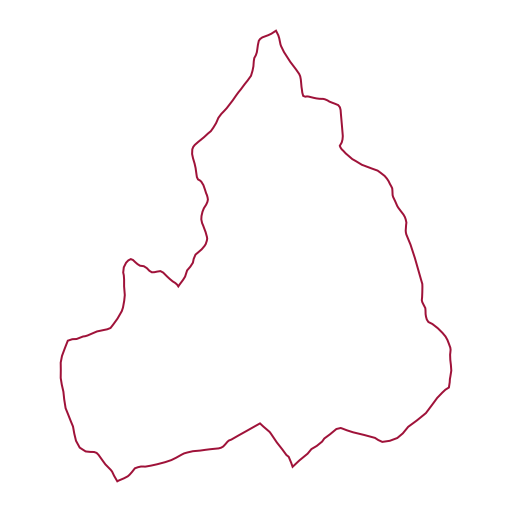 Katsho, Ha, Bhutan
{"feature_id": "84629894B80124152926189", "entity_name": "Katsho", "entity_type": "district", "adm_level": 2, "iso_a3": "BTN", "parent_name": "Bhutan", "parent_adm1": "Ha", "projection": "equal_earth", "projection_center": [89.286, 27.406], "detail": "fine", "context": "isolated", "style": "outline", "palette": "rose", "viewbox_px": 512, "rotation_deg": 0, "n_neighbors": 0, "source": "geoboundaries", "source_scale": "gbopen_adm2", "svg_char_len": 3937}
<svg xmlns="http://www.w3.org/2000/svg" viewBox="0 0 512 512"><path d="M79.7,447.6L82.3,449.3L85.6,451.4L87.1,451.6L90.3,451.9L94.1,452.0L96.6,452.9L98.5,454.8L102.7,460.7L105.4,464.4L110.7,469.8L112.1,471.6L114.1,475.8L117.3,481.3L119.0,480.4L120.7,479.7L124.0,478.3L127.8,476.3L129.6,474.7L131.9,472.1L134.9,468.3L138.0,467.2L141.1,466.5L145.5,466.6L151.1,465.6L157.0,464.3L165.0,462.2L171.3,460.1L176.0,457.8L181.7,454.6L184.1,453.4L187.3,452.5L192.9,451.2L200.0,450.6L205.6,449.8L209.6,449.3L213.4,448.9L218.6,448.4L221.1,447.7L223.2,446.5L225.2,444.4L227.5,441.7L228.9,440.5L231.3,439.6L238.6,435.4L246.5,431.0L255.0,426.2L260.0,423.4L263.3,426.5L269.6,431.9L270.8,433.5L276.8,442.4L282.3,449.4L286.4,455.0L288.7,456.8L291.2,462.8L292.6,466.8L299.4,460.4L307.6,453.7L311.4,449.1L316.8,445.9L322.1,441.6L324.3,438.5L330.0,434.3L336.4,429.0L340.7,428.0L342.2,428.5L346.9,430.3L353.1,432.3L364.3,435.0L375.0,437.9L378.2,440.0L382.3,441.9L389.8,440.8L397.3,438.0L402.8,433.4L408.2,426.8L416.8,420.5L425.9,413.1L432.2,404.7L437.2,397.9L442.2,392.7L445.4,389.7L448.9,387.5L449.7,382.3L449.9,379.1L450.4,376.3L451.3,370.6L450.9,365.0L450.3,359.9L450.1,354.7L450.3,352.9L450.6,349.8L450.3,347.6L448.8,343.5L447.4,339.9L445.5,336.5L442.5,332.9L437.9,328.3L432.4,324.0L428.4,322.0L426.8,319.5L426.0,316.7L425.6,314.1L425.5,310.4L425.3,308.1L423.4,304.4L422.3,302.2L421.8,300.2L422.1,297.2L422.3,292.2L422.4,286.9L422.3,283.9L421.0,279.5L414.9,258.1L410.5,244.6L408.8,240.5L406.3,234.4L405.9,232.6L405.7,230.7L405.9,227.9L406.1,225.0L406.4,222.6L405.7,219.4L404.9,217.1L403.5,214.6L400.5,210.7L398.2,207.6L397.2,205.9L395.2,201.3L393.1,196.9L392.6,195.1L392.4,190.3L392.2,188.3L391.3,186.4L389.9,183.9L388.6,181.2L386.9,178.6L384.6,175.9L380.5,172.7L377.6,170.6L372.0,168.6L361.9,164.8L356.0,161.2L352.3,159.1L345.7,153.4L343.3,150.8L341.7,149.3L340.5,147.5L339.8,145.8L341.7,142.5L342.5,139.5L342.8,136.1L342.6,133.6L342.0,126.4L340.9,113.9L340.6,110.0L339.9,107.3L338.2,105.1L334.6,103.6L332.7,102.9L329.4,101.6L327.5,100.4L324.9,99.3L323.2,98.9L319.5,98.8L316.4,98.4L314.0,97.9L310.7,97.1L308.8,96.6L307.0,96.4L305.3,96.7L303.2,95.9L302.3,92.7L301.9,89.5L301.5,86.9L301.1,82.5L300.8,79.4L300.2,76.3L299.2,74.0L296.0,69.4L290.3,61.9L284.0,52.1L281.1,46.2L280.5,44.5L279.2,38.2L278.3,35.3L276.0,30.7L274.0,32.0L271.4,33.7L268.2,35.2L262.3,37.4L260.1,39.0L258.8,40.8L257.9,45.0L257.3,49.3L256.8,52.4L255.8,55.3L254.3,58.0L253.8,61.1L253.4,66.4L252.5,70.8L251.0,75.8L249.2,78.3L247.7,80.4L244.5,84.4L240.8,89.4L238.5,92.2L236.3,95.2L232.7,100.4L226.7,108.2L224.3,110.8L221.3,113.9L218.4,117.8L216.1,123.1L213.3,127.7L210.8,131.2L208.0,133.5L203.9,137.3L198.1,142.0L194.8,144.9L193.3,146.8L192.3,149.3L192.1,154.0L193.0,158.2L194.6,163.6L195.6,168.1L196.5,174.5L196.9,177.1L198.0,179.4L200.0,180.5L201.3,181.7L203.4,185.1L204.9,189.4L206.1,193.2L207.0,195.3L207.6,197.6L207.9,199.6L207.4,201.9L206.2,204.6L203.9,208.2L202.5,211.7L201.5,216.0L201.3,219.4L202.1,223.1L203.1,225.4L204.1,228.1L205.6,232.1L206.9,236.8L207.2,238.7L206.8,240.8L205.7,244.1L204.5,246.0L201.7,249.3L198.6,252.0L195.5,254.6L193.7,258.9L192.9,262.7L190.3,266.7L187.1,270.4L185.1,276.6L183.1,279.8L179.6,284.5L178.3,286.4L177.2,284.7L175.3,283.0L172.7,281.4L169.8,279.0L167.1,276.5L165.1,274.5L163.2,272.6L160.4,271.1L157.1,271.6L154.4,272.2L151.9,272.3L149.4,270.8L146.8,268.1L143.8,266.2L140.0,265.7L137.5,264.1L135.3,262.2L133.0,260.0L130.8,259.1L128.3,260.4L126.1,262.7L123.8,267.3L123.5,269.9L123.2,272.5L123.8,275.3L124.1,279.5L124.1,286.4L124.8,295.1L124.2,300.8L123.0,307.5L121.8,311.1L117.5,318.6L113.3,324.4L110.5,328.0L107.2,329.3L104.3,329.9L98.6,331.1L97.1,331.4L92.4,333.4L87.5,335.5L85.2,336.2L83.0,336.5L76.6,339.0L72.3,339.2L67.8,340.7L64.9,348.1L62.0,355.9L60.7,362.6L60.8,370.0L60.7,378.0L61.8,384.7L63.4,391.7L64.2,399.3L65.6,408.2L67.8,413.6L71.0,421.7L73.0,426.5L74.3,433.7L76.0,440.8L79.7,447.6Z" fill="none" stroke="#9f1239" stroke-width="2"/></svg>